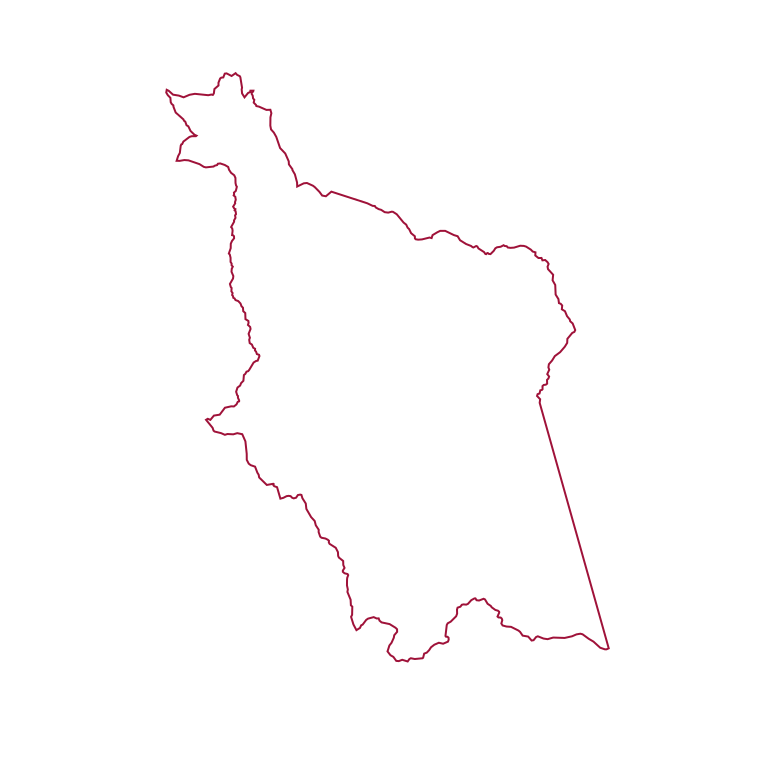 Toledo, Norte de Santander, Colombia (orthographic projection), rotated 14°
{"feature_id": "7082276B12986735978418", "entity_name": "Toledo", "entity_type": "district", "adm_level": 2, "iso_a3": "COL", "parent_name": "Colombia", "parent_adm1": "Norte de Santander", "projection": "orthographic", "projection_center": [-72.39, 7.233], "detail": "fine", "context": "isolated", "style": "outline", "palette": "rose", "viewbox_px": 768, "rotation_deg": 14, "n_neighbors": 0, "source": "geoboundaries", "source_scale": "gbopen_adm2", "svg_char_len": 6165}
<svg xmlns="http://www.w3.org/2000/svg" viewBox="0 0 768 768"><g transform="rotate(14 384 384)"><path d="M666.0,586.1L539.6,364.6L539.2,361.0L535.4,358.6L535.5,356.7L537.2,355.6L537.2,352.3L538.7,351.5L539.1,350.7L538.3,347.7L539.2,346.3L541.2,345.5L542.2,344.2L541.2,340.6L542.2,338.9L542.4,336.8L540.0,334.9L540.9,330.2L539.5,328.1L539.2,324.9L541.4,320.6L543.0,315.6L547.2,310.5L550.4,304.1L551.8,299.8L551.0,295.8L554.3,288.9L556.1,287.4L556.5,285.4L552.4,279.6L549.5,278.1L548.6,276.4L545.2,273.9L542.0,269.6L538.5,268.5L537.9,264.7L536.0,263.4L534.2,263.2L532.7,259.4L528.9,255.7L526.2,246.5L522.5,242.6L521.7,237.1L515.4,232.9L514.3,230.6L514.7,227.7L513.2,226.2L510.4,224.7L507.8,225.7L506.3,223.6L503.4,224.4L499.7,222.7L499.1,219.6L496.2,219.5L494.0,218.1L488.6,216.3L486.2,216.2L482.7,216.9L477.2,220.2L473.8,221.3L471.1,221.6L469.7,220.6L467.7,220.9L466.5,220.4L464.0,222.6L460.6,224.0L459.2,225.4L458.3,228.2L455.9,232.2L454.2,232.4L453.0,231.8L452.4,232.1L451.7,233.3L450.9,233.3L449.2,231.8L442.8,229.6L441.3,228.0L440.1,227.8L437.7,229.9L436.8,229.8L435.1,229.0L429.7,228.3L423.0,226.1L419.7,222.8L415.8,222.6L406.3,220.6L401.5,221.8L399.0,223.9L395.1,227.8L394.9,230.9L392.7,230.9L385.9,234.5L382.2,235.7L379.8,235.9L378.8,235.3L378.2,233.2L373.8,231.1L370.9,227.6L369.1,226.6L367.0,224.0L363.9,222.6L355.3,216.2L351.1,214.8L349.9,214.9L346.6,216.7L343.1,217.1L339.1,215.7L336.5,215.6L333.3,214.7L332.0,213.5L329.9,213.9L324.1,212.7L286.4,210.1L282.2,215.9L278.4,216.1L274.9,213.2L269.2,209.7L267.1,208.8L260.6,207.6L257.6,208.7L252.0,213.4L250.9,209.5L246.8,202.1L243.4,198.6L243.1,197.7L238.6,193.9L237.7,191.0L232.4,184.2L226.1,180.2L219.7,170.3L216.3,166.7L212.8,164.3L211.2,160.8L209.3,152.7L209.2,148.5L207.4,145.4L203.6,146.5L195.5,145.1L192.9,145.2L192.3,144.2L189.5,142.5L189.4,139.6L187.9,138.6L186.8,135.9L185.4,134.5L185.2,133.5L186.3,131.8L186.3,131.0L183.4,131.7L183.5,133.1L181.7,134.5L179.3,139.6L176.0,136.4L174.6,132.5L174.6,130.9L170.4,121.1L169.6,120.2L166.7,119.6L164.8,118.3L161.6,122.0L156.1,120.7L154.4,121.4L153.9,125.4L152.0,126.1L151.1,127.2L150.5,131.7L151.2,134.4L148.1,138.8L148.6,143.2L148.0,144.9L146.5,144.9L143.6,146.3L130.3,148.2L125.4,150.4L120.2,154.3L115.2,153.8L109.3,154.3L104.2,151.6L102.0,151.1L102.2,153.9L104.4,156.1L107.5,158.0L108.9,162.2L110.2,163.6L112.2,164.6L112.7,166.0L116.2,171.0L125.4,175.8L126.2,176.9L127.7,177.5L129.8,180.7L131.8,181.3L135.1,185.3L139.8,188.0L142.0,188.4L141.5,189.1L137.5,190.1L135.5,191.3L130.7,197.3L130.1,200.1L129.4,200.5L129.1,201.9L130.0,209.2L129.1,212.7L128.8,217.6L131.8,216.9L136.1,215.0L140.2,214.3L151.8,215.3L156.6,216.9L158.8,216.9L166.1,214.2L166.7,213.3L169.1,211.9L169.5,210.5L171.7,209.6L176.5,210.0L180.3,211.1L181.8,213.6L184.5,216.1L188.2,217.7L190.0,220.0L191.3,224.9L192.4,227.1L193.5,228.2L193.5,232.5L192.1,234.6L192.7,236.2L192.5,237.4L194.4,238.3L195.6,241.1L195.4,243.7L195.9,244.7L194.7,248.4L196.3,250.0L197.5,250.3L197.1,251.7L198.2,252.2L199.3,255.0L198.7,256.4L199.7,258.7L198.9,261.6L199.3,262.8L197.7,268.7L199.1,269.8L200.0,271.8L200.6,276.3L201.5,276.2L202.7,276.9L203.3,278.9L201.9,282.0L201.4,285.0L202.4,289.3L201.9,295.0L203.0,295.6L204.6,298.7L205.6,302.7L207.0,304.0L207.4,305.7L208.9,306.7L208.4,309.0L208.9,312.0L211.7,315.7L212.0,318.2L210.3,324.2L211.9,327.0L212.9,327.7L213.5,331.0L215.1,332.4L215.1,334.4L216.3,335.3L216.9,336.8L218.3,337.1L219.6,338.5L222.5,338.8L225.3,340.6L226.9,343.0L228.7,344.1L229.8,347.4L232.2,348.7L233.9,354.6L237.1,355.6L237.8,357.4L237.7,359.6L240.3,361.0L241.2,362.9L240.5,368.1L242.7,371.6L242.5,373.7L243.8,376.8L246.3,377.7L248.4,380.5L250.4,381.0L250.7,382.7L252.0,383.5L253.4,385.7L255.7,385.9L256.4,387.0L255.8,391.9L254.3,392.6L252.3,394.7L249.8,402.9L249.1,404.4L247.6,405.3L247.0,407.7L245.9,409.2L246.8,414.9L245.1,417.8L244.8,420.3L242.7,422.9L242.4,427.3L244.3,430.4L245.2,431.0L245.6,432.7L247.4,434.9L247.6,435.9L246.4,436.7L245.8,439.5L243.8,442.1L241.2,442.6L235.4,445.5L232.0,453.5L226.6,455.8L224.2,460.8L221.4,460.4L220.0,461.8L228.3,468.0L229.9,470.5L231.1,471.1L237.9,471.1L241.9,471.8L244.2,470.4L249.9,469.3L253.5,467.2L258.6,467.0L263.4,473.2L267.7,485.0L269.2,490.8L272.0,494.0L274.3,495.0L278.9,495.4L282.6,500.7L284.3,502.3L285.5,504.9L294.7,510.3L300.7,507.6L301.2,507.8L301.2,509.0L302.2,509.7L305.2,510.0L311.2,520.3L313.9,518.8L316.6,516.4L318.5,515.6L320.5,515.4L322.4,516.6L324.1,516.8L326.2,515.6L327.3,512.6L329.4,511.6L330.7,511.6L332.5,514.6L337.0,518.9L338.9,524.0L345.5,530.8L349.9,533.7L352.0,537.6L355.9,541.2L356.4,543.5L359.0,547.5L360.5,548.3L364.6,548.1L367.1,548.7L368.5,549.4L368.8,551.1L369.9,552.3L376.8,554.6L380.0,558.3L381.1,561.9L382.2,563.3L387.2,565.6L388.3,569.5L390.2,572.0L389.2,575.0L389.5,576.2L391.5,577.2L394.6,577.2L395.5,578.1L395.2,581.0L395.5,582.9L396.8,588.4L398.6,592.1L398.8,594.6L403.8,601.4L405.4,606.7L407.1,607.7L408.9,615.7L408.4,617.9L412.5,624.7L416.8,629.5L419.7,626.5L420.2,623.7L421.5,622.6L423.8,617.2L425.3,615.5L430.4,612.7L433.7,613.3L435.5,612.7L436.9,614.7L439.3,615.9L447.5,615.6L454.1,617.7L456.0,618.8L456.7,621.3L454.7,625.3L454.9,627.8L453.9,633.3L452.5,636.4L452.1,642.6L455.9,645.6L459.1,646.5L462.9,649.7L465.4,649.3L468.4,647.2L474.1,647.5L475.2,644.7L476.4,643.6L480.4,643.4L487.7,640.8L488.2,640.1L488.2,635.9L490.5,634.3L492.2,631.3L493.3,628.1L495.9,624.8L499.8,621.8L504.2,621.7L508.4,618.5L508.6,616.4L508.0,614.6L506.8,613.9L505.3,614.2L504.6,613.6L503.2,602.7L503.7,600.8L506.2,598.5L510.2,591.9L510.5,589.1L509.4,585.2L509.5,583.2L512.0,581.6L512.9,579.4L514.5,578.6L517.1,578.2L518.6,577.1L521.0,572.6L523.6,570.2L524.6,569.9L526.1,571.4L528.6,571.1L532.6,568.3L534.1,568.6L537.7,572.2L541.3,573.5L542.5,574.6L546.7,576.3L549.4,576.4L550.8,577.1L551.1,577.9L550.4,582.2L551.5,582.8L553.7,582.4L555.0,583.1L555.9,584.5L555.8,588.0L557.5,589.6L561.5,589.7L566.0,588.9L574.1,590.7L576.0,591.6L579.4,594.6L585.0,594.2L589.3,597.2L591.1,596.4L592.8,592.7L594.3,591.6L600.4,592.4L604.5,592.0L609.5,589.1L620.7,586.7L627.5,583.3L631.3,580.4L634.9,578.8L637.2,578.8L644.3,581.7L649.6,583.3L657.6,587.6L662.6,588.0L664.1,587.6L666.0,586.1Z" fill="none" stroke="#9f1239" stroke-width="2"/></g></svg>